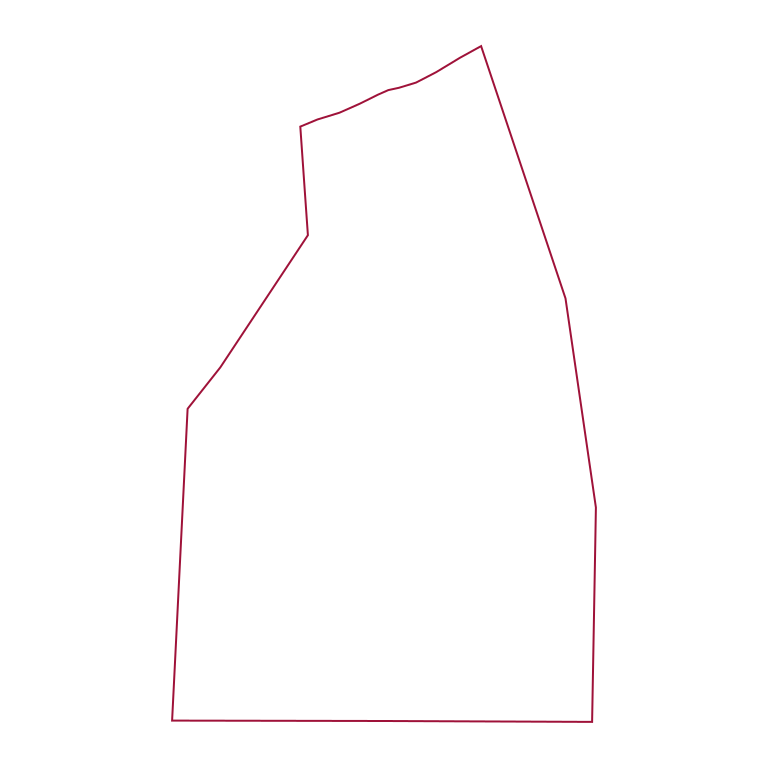 outline of Shaykh Zuwayd, Shamal Sina', Egypt
{"feature_id": "37247803B84548629991625", "entity_name": "Shaykh Zuwayd", "entity_type": "district", "adm_level": 2, "iso_a3": "EGY", "parent_name": "Egypt", "parent_adm1": "Shamal Sina'", "projection": "natural_earth1", "projection_center": [33.964, 30.921], "detail": "fine", "context": "isolated", "style": "outline", "palette": "rose", "viewbox_px": 768, "rotation_deg": 0, "n_neighbors": 0, "source": "geoboundaries", "source_scale": "gbopen_adm2", "svg_char_len": 407}
<svg xmlns="http://www.w3.org/2000/svg" viewBox="0 0 768 768"><path d="M385.1,721.0L592.1,721.9L595.3,542.4L595.9,507.5L565.5,298.4L482.4,50.0L481.1,46.1L459.9,57.8L436.1,72.2L416.0,82.6L398.9,87.8L388.3,90.1L377.9,94.7L360.0,103.6L339.5,112.7L317.4,119.5L300.3,126.6L305.0,194.0L307.9,235.2L220.3,367.4L188.3,407.9L187.6,408.9L172.1,720.6L385.1,721.0Z" fill="none" stroke="#9f1239" stroke-width="2"/></svg>